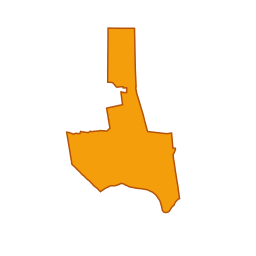 the district of Colibasi, Giurgiu, Romania, rotated 322°
{"feature_id": "2599482B40153006578740", "entity_name": "Colibasi", "entity_type": "district", "adm_level": 2, "iso_a3": "ROU", "parent_name": "Romania", "parent_adm1": "Giurgiu", "projection": "albers", "projection_center": [26.205, 44.233], "detail": "fine", "context": "isolated", "style": "filled", "palette": "amber", "viewbox_px": 256, "rotation_deg": 322, "n_neighbors": 0, "source": "geoboundaries", "source_scale": "gbopen_adm2", "svg_char_len": 5514}
<svg xmlns="http://www.w3.org/2000/svg" viewBox="0 0 256 256"><g transform="rotate(322 128 128)"><path d="M152.6,172.8L152.4,172.8L152.2,172.6L151.6,172.0L151.4,171.8L151.3,171.7L151.0,171.5L159.2,158.8L155.8,156.8L154.1,155.5L152.6,154.0L147.2,148.7L141.4,143.0L141.5,142.3L141.9,141.1L142.4,140.1L142.5,139.7L142.7,139.4L142.8,139.0L143.4,137.7L143.6,137.3L143.9,136.4L144.4,135.3L145.0,133.9L145.3,133.0L146.4,130.7L147.0,129.4L147.3,128.6L147.7,127.9L149.2,124.1L150.2,121.5L150.7,120.2L151.2,118.9L151.9,117.3L152.1,116.6L152.4,116.0L152.9,114.7L154.2,111.3L154.9,109.4L155.4,108.1L155.7,107.5L155.7,107.2L155.9,106.6L156.7,105.1L157.7,103.3L157.6,103.2L158.4,101.9L158.6,101.6L158.7,101.3L159.4,100.4L159.7,100.6L170.0,86.1L194.5,53.5L193.2,52.4L191.1,50.8L190.5,50.3L190.4,50.2L188.6,48.8L184.2,45.4L183.1,44.5L182.4,43.9L181.8,43.5L181.7,43.4L180.3,42.2L178.6,40.9L173.8,37.0L169.3,42.7L161.0,53.2L159.0,55.6L157.4,57.7L156.6,58.6L155.5,60.1L154.3,61.6L153.2,63.0L152.4,64.0L151.6,65.0L150.8,66.0L149.3,67.9L146.6,71.2L145.2,73.1L144.1,74.5L142.9,76.0L141.4,77.9L140.2,79.4L143.3,82.1L143.5,82.4L143.8,83.0L143.9,83.4L144.0,84.8L144.0,86.3L144.1,86.8L144.0,87.2L144.0,88.2L144.1,88.4L144.2,88.6L144.5,89.0L144.8,89.3L146.7,90.4L147.3,90.8L149.6,92.5L148.9,93.4L149.6,94.0L150.6,94.9L151.2,94.9L151.4,95.2L151.7,95.5L151.5,95.9L151.3,96.3L151.2,96.4L151.1,96.5L150.8,96.7L150.7,96.8L149.9,97.8L149.3,98.5L148.9,99.2L148.7,99.3L148.4,99.0L147.7,98.5L147.5,98.2L147.2,98.0L147.0,97.8L146.6,97.4L146.4,97.2L146.2,97.1L146.1,96.9L145.9,96.9L145.7,97.0L145.6,96.9L145.6,96.7L145.4,96.5L145.3,96.2L145.3,95.8L145.2,95.7L144.9,95.3L144.6,95.2L144.2,95.9L144.0,96.2L139.8,103.3L138.9,104.8L138.1,106.3L135.5,105.0L133.8,104.2L133.6,104.1L132.0,103.4L131.2,102.9L130.6,102.7L129.8,102.3L129.1,102.0L128.9,101.9L128.2,101.5L127.4,101.1L126.8,100.8L126.3,100.6L125.1,100.0L124.6,99.8L123.7,99.4L123.3,99.2L123.1,99.6L122.4,101.0L122.2,101.4L122.0,101.6L121.6,102.3L121.3,102.9L120.8,103.9L120.5,104.6L120.4,104.8L120.1,105.2L120.0,105.5L119.7,106.1L119.5,106.4L118.8,107.6L118.5,108.1L118.0,109.0L117.7,109.4L117.6,109.6L117.8,109.9L117.6,110.1L117.2,110.5L117.0,110.8L116.7,111.4L116.3,112.1L116.1,112.6L115.8,113.1L115.7,113.3L115.0,114.5L114.4,115.7L114.2,116.0L113.8,116.6L113.4,117.2L113.3,117.3L113.2,117.3L113.0,117.2L112.8,117.1L112.5,117.1L112.3,117.1L112.1,117.2L110.9,117.3L110.5,117.3L109.7,117.3L109.2,117.2L108.9,117.0L108.6,116.8L108.2,116.3L107.8,115.8L107.4,115.4L106.7,114.9L106.2,114.5L105.7,114.0L105.2,113.5L104.7,113.0L104.1,112.7L103.5,112.5L102.7,112.1L102.4,111.9L102.0,111.5L101.0,110.9L98.7,109.4L97.4,108.8L96.9,108.3L96.6,107.6L96.3,107.3L95.9,107.3L95.0,107.3L94.1,107.2L93.4,106.7L92.2,105.6L90.9,104.1L89.9,103.2L89.2,102.4L88.5,101.5L88.1,101.7L86.9,102.8L86.6,102.7L85.9,102.3L85.2,101.6L83.9,100.3L83.6,100.0L83.1,99.8L82.2,99.6L81.6,99.5L81.3,99.3L80.3,97.7L78.7,95.2L77.1,93.5L67.2,111.7L64.2,117.0L64.0,117.5L63.8,118.0L62.5,120.2L62.1,121.0L61.5,121.6L61.7,124.0L62.2,126.4L62.3,127.8L62.3,128.6L62.4,128.9L62.6,130.2L62.8,132.1L63.0,133.3L63.1,135.4L63.2,135.9L63.3,137.2L63.5,137.5L63.7,138.5L63.8,139.3L63.9,140.1L64.0,141.1L64.1,141.8L64.3,143.3L64.4,143.5L64.5,144.0L64.6,144.6L64.8,145.1L64.9,145.4L65.0,145.8L65.0,146.4L65.1,147.5L65.4,150.2L65.5,150.7L65.6,150.9L65.4,151.6L65.5,152.0L65.6,152.7L66.2,155.0L66.4,155.8L66.7,157.2L66.8,158.0L66.8,158.8L66.8,159.0L66.9,159.7L67.0,160.4L67.1,161.2L68.4,161.2L70.3,161.4L71.0,161.4L72.1,161.5L72.8,161.5L73.3,161.6L73.9,161.7L74.9,162.0L76.7,162.4L77.0,162.5L77.4,162.6L78.2,162.7L78.4,162.7L79.2,163.2L80.6,164.3L82.1,165.5L82.3,165.6L82.6,165.7L83.0,165.8L83.3,165.9L83.5,166.0L84.0,166.1L84.2,166.3L84.4,166.4L84.6,166.4L84.8,166.5L85.3,166.5L85.5,166.6L85.9,166.9L86.0,167.0L86.5,167.1L86.9,167.2L87.2,167.2L87.4,167.2L87.7,167.2L88.0,167.1L88.2,167.3L88.4,167.4L88.5,167.5L88.8,167.8L89.0,168.0L89.4,168.4L89.5,168.6L89.7,168.8L89.9,169.2L90.1,169.3L90.2,169.6L90.3,169.7L90.4,170.1L90.5,170.2L90.5,170.3L90.6,170.5L90.7,170.9L90.8,171.2L91.0,171.5L91.2,171.8L91.3,172.0L91.6,172.3L91.7,172.5L91.9,172.9L92.0,173.2L92.1,173.5L92.3,173.9L92.4,174.0L92.6,174.8L92.8,175.0L93.2,175.5L93.5,175.8L93.6,176.0L93.9,176.4L94.2,176.8L94.6,177.2L95.0,177.6L95.2,177.9L96.3,179.2L98.9,182.0L100.9,183.8L103.9,187.1L105.0,188.3L107.2,192.4L107.9,193.9L108.7,197.4L108.8,198.5L108.4,204.3L108.3,205.1L106.2,210.5L104.3,214.3L104.5,216.5L105.4,217.6L106.0,218.1L107.6,218.8L109.1,219.0L109.6,218.9L113.3,217.5L115.1,217.1L116.6,217.2L119.0,215.8L120.5,215.4L123.1,215.0L123.8,215.0L124.6,215.2L125.2,215.4L125.8,214.2L126.4,213.2L126.6,212.8L126.9,212.4L127.2,211.8L127.5,211.3L127.5,211.2L127.8,210.7L128.4,209.9L128.5,209.6L128.6,209.4L129.0,208.7L129.5,207.8L129.6,207.6L129.8,207.2L129.9,206.9L130.1,206.7L130.3,206.5L130.5,206.3L130.6,206.2L131.8,203.8L132.4,202.9L132.9,201.9L133.3,201.2L133.3,200.9L134.0,199.8L134.5,198.9L134.6,198.7L135.1,197.9L135.7,196.7L136.2,195.9L136.8,194.8L137.2,194.0L137.4,193.8L137.5,193.5L137.7,193.2L137.8,192.9L138.0,192.5L138.4,191.8L138.8,191.0L139.2,190.4L139.1,190.5L139.5,189.8L140.2,188.7L140.4,188.4L140.6,188.0L140.7,187.8L141.0,187.3L141.3,186.8L142.4,184.9L142.9,184.1L143.9,182.1L144.0,181.9L144.8,180.5L145.2,179.8L145.6,179.3L145.9,178.7L146.1,178.3L146.6,177.5L146.8,177.2L147.1,176.9L148.1,176.4L150.1,175.4L150.8,174.9L151.4,174.6L151.9,174.3L152.1,174.2L152.5,173.7L152.7,173.4L152.7,173.1L152.6,172.9L152.6,172.8Z" fill="#f59e0b" stroke="#b45309" stroke-width="1.5"/></g></svg>